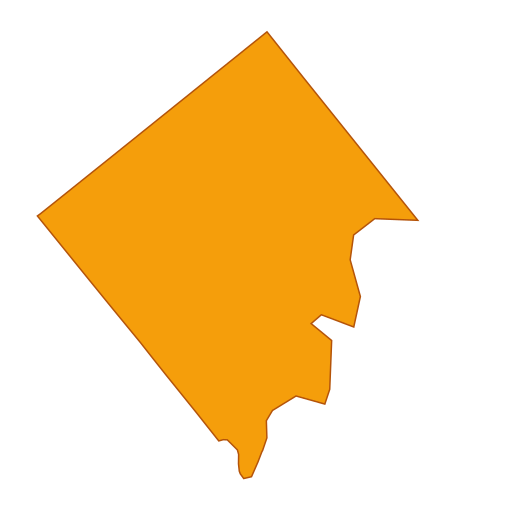 Clay, Missouri, United States of America (Mercator projection), rotated 321°
{"feature_id": "52423323B79927186456067", "entity_name": "Clay", "entity_type": "district", "adm_level": 2, "iso_a3": "USA", "parent_name": "United States of America", "parent_adm1": "Missouri", "projection": "mercator", "projection_center": [-94.495, 39.283], "detail": "fine", "context": "isolated", "style": "filled", "palette": "amber", "viewbox_px": 512, "rotation_deg": 321, "n_neighbors": 0, "source": "geoboundaries", "source_scale": "gbopen_adm2", "svg_char_len": 670}
<svg xmlns="http://www.w3.org/2000/svg" viewBox="0 0 512 512"><g transform="rotate(321 256 256)"><path d="M111.3,87.3L111.3,170.4L111.4,207.1L111.7,249.9L111.4,271.2L111.2,291.7L111.1,341.0L110.9,356.7L110.7,376.3L114.9,378.1L118.0,380.8L119.5,395.0L117.6,399.3L111.6,406.5L107.6,412.7L106.7,415.4L106.4,421.2L113.6,424.7L127.9,417.3L137.6,411.7L138.6,411.4L150.0,404.2L160.4,390.5L171.6,386.4L199.0,390.0L216.3,414.4L229.4,406.0L261.6,369.3L256.3,343.2L269.8,342.8L287.3,372.7L311.6,353.2L326.8,318.2L345.1,301.1L371.8,301.7L404.2,330.1L405.1,146.3L405.2,135.0L405.6,88.7L215.0,88.0L115.0,87.5L111.3,87.3Z" fill="#f59e0b" stroke="#b45309" stroke-width="1.5"/></g></svg>